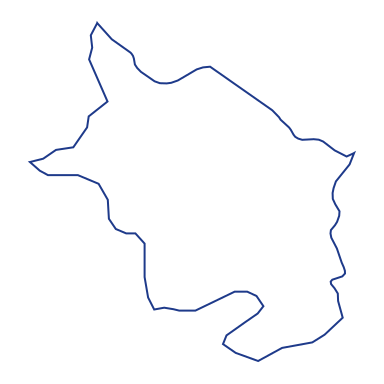 the Unitary Authority (wales) of Monmouthshire
{"feature_id": "GBR-2132", "entity_name": "Monmouthshire", "entity_type": "Unitary Authority (wales)", "adm_level": 1, "iso_a3": "GBR", "parent_name": "United Kingdom", "parent_adm1": "", "projection": "robinson", "projection_center": [-2.855, 51.774], "detail": "fine", "context": "isolated", "style": "outline", "palette": "blue", "viewbox_px": 384, "rotation_deg": 0, "n_neighbors": 0, "source": "natural_earth", "source_scale": "10m", "svg_char_len": 1334}
<svg xmlns="http://www.w3.org/2000/svg" viewBox="0 0 384 384"><path d="M97.2,23.0L97.5,23.4L111.8,39.3L130.5,52.6L131.6,53.8L133.0,55.9L133.9,58.6L134.9,64.5L137.2,68.0L141.0,71.9L154.6,81.3L159.9,83.2L166.7,83.4L171.2,82.8L177.8,80.5L196.7,69.4L203.0,67.4L210.1,66.7L272.3,110.3L279.0,117.2L280.6,119.7L289.1,127.5L290.8,129.8L293.5,134.6L295.2,136.8L298.2,138.6L302.2,139.8L313.7,139.2L318.8,139.7L323.1,141.5L334.7,150.4L346.6,156.5L353.2,153.5L354.1,153.0L349.6,164.4L335.9,181.4L333.6,188.1L332.6,193.0L332.8,198.9L335.3,204.3L339.5,211.3L339.2,215.8L337.1,221.8L335.0,225.2L330.9,230.1L330.5,233.5L331.3,237.7L336.9,248.5L341.7,262.6L343.7,267.1L344.9,270.8L345.0,273.5L342.3,276.4L332.3,279.7L330.7,281.6L331.1,284.1L334.5,288.2L337.8,293.5L338.1,301.0L342.7,317.7L324.6,334.7L312.3,342.4L282.1,347.9L258.1,361.0L235.7,352.9L223.0,344.1L226.5,335.4L245.0,322.3L257.7,313.5L263.4,306.2L256.5,296.0L247.3,291.7L234.6,291.7L195.4,310.6L179.2,310.6L173.4,309.2L164.2,307.7L154.2,309.5L148.1,297.5L144.6,277.1L144.6,255.2L144.6,243.6L135.4,233.4L126.2,233.4L115.8,229.0L108.9,218.8L107.8,199.8L98.6,183.8L77.8,175.1L62.8,175.1L47.9,175.1L39.8,170.7L29.9,162.0L43.2,158.7L56.0,149.9L73.3,147.3L87.1,127.4L88.7,116.4L107.5,101.5L89.1,59.4L92.2,47.6L90.8,35.3L97.1,23.3L97.2,23.0Z" fill="none" stroke="#1e3a8a" stroke-width="2"/></svg>